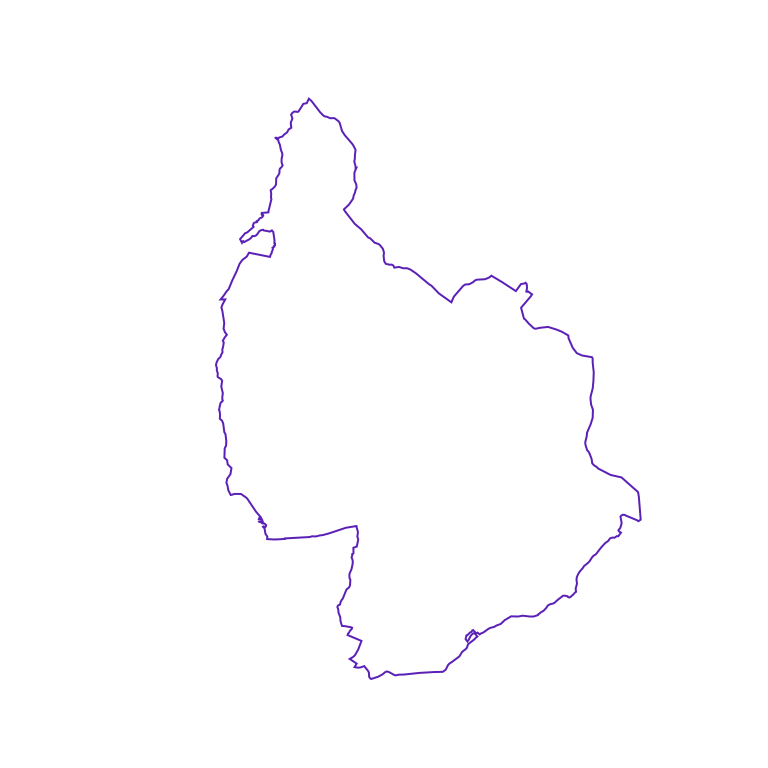 the district of Garceni, Vaslui, Romania, rotated 57°
{"feature_id": "2599482B9024502031895", "entity_name": "Garceni", "entity_type": "district", "adm_level": 2, "iso_a3": "ROU", "parent_name": "Romania", "parent_adm1": "Vaslui", "projection": "albers", "projection_center": [27.291, 46.752], "detail": "fine", "context": "isolated", "style": "outline", "palette": "violet", "viewbox_px": 768, "rotation_deg": 57, "n_neighbors": 0, "source": "geoboundaries", "source_scale": "gbopen_adm2", "svg_char_len": 6165}
<svg xmlns="http://www.w3.org/2000/svg" viewBox="0 0 768 768"><g transform="rotate(57 384 384)"><path d="M662.9,336.1L660.0,334.7L656.6,330.9L653.1,329.2L651.2,327.7L649.4,325.1L648.0,322.3L646.5,317.1L645.7,315.6L645.1,310.2L644.6,308.1L642.7,303.9L642.2,302.3L642.2,299.0L639.3,290.7L637.9,285.2L637.7,281.2L636.8,279.2L636.6,278.3L637.2,276.1L638.5,274.3L638.4,271.7L639.3,270.4L637.7,266.2L635.6,267.2L634.4,267.1L633.3,264.1L630.2,260.5L624.0,257.9L623.6,256.6L623.7,255.0L625.1,253.2L626.0,252.9L636.0,246.0L637.6,245.4L637.6,242.7L637.0,242.3L617.4,231.7L613.0,229.8L591.7,235.7L583.7,243.5L571.6,250.4L569.4,250.8L566.7,252.1L564.0,252.6L559.9,250.7L554.3,249.5L552.1,249.3L550.3,249.7L545.5,248.4L543.3,247.5L541.8,246.3L538.5,242.7L535.3,240.1L530.3,232.6L526.0,227.4L519.4,222.8L514.0,221.5L508.7,218.8L507.0,217.5L501.4,211.4L495.9,207.0L488.4,201.7L480.2,197.6L476.0,195.0L474.8,195.0L467.8,202.5L463.1,205.5L456.4,206.0L446.2,204.3L443.7,203.0L437.0,206.4L431.9,210.0L425.5,215.3L421.7,222.8L420.3,226.7L418.9,228.0L412.5,229.6L406.4,230.5L405.4,231.0L394.7,227.5L390.4,213.1L389.4,211.0L384.8,212.8L384.7,213.7L384.0,214.3L381.3,211.7L378.0,209.9L376.2,210.1L376.2,211.3L374.8,214.8L377.9,222.8L363.0,229.4L351.6,235.0L352.0,237.3L351.2,242.1L347.1,249.3L346.7,251.2L347.1,254.0L346.8,258.0L344.8,261.8L344.8,264.0L348.8,277.9L352.2,283.0L338.0,288.6L327.3,290.7L325.1,291.8L308.6,296.9L302.4,299.5L299.5,301.6L297.4,304.8L294.0,307.7L292.0,312.0L289.9,311.6L288.2,312.4L286.8,314.6L284.1,317.1L281.0,316.9L276.0,314.4L274.6,313.0L273.1,312.2L269.9,311.3L265.1,311.8L263.7,312.3L260.4,314.9L254.1,316.3L252.5,317.5L241.7,318.9L233.8,321.3L217.4,322.7L215.7,322.5L214.5,315.8L212.2,310.1L211.5,308.8L209.2,306.5L207.8,304.2L205.7,302.1L204.5,300.1L201.3,298.5L197.2,297.9L190.6,293.7L187.7,289.5L187.5,290.3L185.7,289.2L181.1,287.7L179.6,286.1L175.9,283.5L172.3,280.4L168.4,279.9L165.8,279.8L153.8,281.4L149.0,281.4L140.6,278.9L138.6,279.1L134.0,280.8L131.7,284.5L128.6,286.4L127.8,287.6L126.1,288.6L121.0,289.6L107.0,290.7L103.8,291.6L106.4,295.9L105.1,299.0L108.9,307.3L108.8,308.2L106.6,310.8L106.7,313.1L107.5,315.2L111.4,316.2L114.1,319.9L118.6,322.2L118.6,325.4L120.2,328.3L120.4,331.9L121.1,334.5L120.2,337.5L120.5,339.0L118.6,340.3L118.6,340.9L122.1,339.9L124.1,340.7L126.3,340.9L131.6,343.0L135.1,343.7L137.0,344.8L139.2,347.1L142.3,349.2L145.5,350.0L146.4,352.1L146.7,354.0L147.9,355.3L150.1,356.8L151.3,358.8L152.4,361.6L153.1,362.6L157.9,365.9L159.1,368.5L159.7,371.8L159.6,373.2L159.9,373.6L162.9,374.9L166.0,377.2L167.6,377.7L176.0,386.6L177.1,387.5L174.0,393.3L174.7,394.1L175.7,394.3L176.4,393.4L177.1,393.6L177.8,395.5L177.4,398.1L178.2,400.1L178.1,401.9L178.9,402.0L178.9,402.8L178.3,404.1L178.1,405.5L179.8,407.8L181.2,407.8L182.4,416.4L181.9,418.3L184.1,425.8L188.2,426.2L187.4,424.9L187.5,424.2L188.8,424.1L189.3,418.3L189.1,416.0L188.2,413.8L189.5,412.1L189.7,409.8L187.9,405.1L188.1,403.2L188.8,401.4L189.7,401.2L194.1,396.6L194.1,394.4L196.3,394.1L203.9,397.6L206.4,399.4L206.8,398.9L208.4,399.9L208.4,401.3L209.1,401.5L209.0,403.3L210.3,403.6L212.5,406.6L213.2,407.1L213.7,408.5L215.3,410.4L200.4,425.7L202.4,429.7L202.8,435.2L204.5,439.6L209.2,446.2L214.4,454.7L219.7,462.4L220.8,466.2L222.7,470.6L224.1,475.0L226.6,471.1L229.5,476.4L231.3,478.7L234.8,479.8L245.9,484.8L250.2,488.4L253.9,489.2L257.1,489.0L258.2,492.2L260.0,495.7L261.8,495.7L265.3,498.8L267.0,500.8L269.5,502.2L270.8,504.7L272.2,506.4L272.9,509.6L274.6,512.5L276.6,514.6L279.7,515.5L281.3,516.7L284.8,517.7L286.8,519.4L287.8,519.6L291.3,517.9L293.1,518.0L297.6,521.9L304.0,524.2L306.7,526.6L309.2,528.2L309.9,528.1L310.6,529.1L310.6,530.7L311.1,531.7L316.0,536.6L317.1,536.6L319.9,537.9L323.8,540.6L326.6,539.8L329.6,540.4L337.5,544.2L339.5,544.2L342.5,545.6L346.1,547.4L349.9,550.2L350.6,551.8L351.3,552.7L358.9,558.0L362.5,557.1L366.3,558.9L371.4,557.7L376.0,561.9L378.0,567.0L380.9,569.9L384.2,570.7L388.6,572.5L393.6,573.0L394.9,569.0L398.4,563.8L404.1,561.5L405.8,561.1L421.3,560.9L428.6,559.9L429.2,560.1L429.5,560.9L429.3,561.6L428.7,561.8L429.2,562.5L430.9,560.1L433.1,560.6L431.6,563.1L431.4,563.7L431.8,563.7L433.5,561.0L434.1,561.0L433.6,561.9L433.8,562.2L434.6,562.0L436.0,560.2L438.1,559.7L439.3,561.0L439.3,561.6L437.8,562.6L437.9,563.3L440.0,562.8L445.0,565.0L448.5,565.0L450.4,566.5L454.5,560.9L457.5,555.9L460.0,551.3L459.6,551.1L471.9,529.6L472.5,527.4L474.9,523.9L476.0,520.4L477.4,517.6L479.5,510.9L483.8,494.3L488.1,484.5L488.4,484.4L489.4,485.1L493.0,486.1L494.7,487.0L497.3,489.4L499.9,490.1L500.9,490.8L505.5,495.4L504.7,498.9L509.1,501.6L509.5,502.2L509.3,503.3L510.1,503.7L511.9,505.7L513.8,506.0L516.0,506.9L518.0,508.5L521.6,512.1L524.2,516.1L525.5,517.2L528.0,518.6L529.8,518.8L534.4,522.2L535.6,524.2L535.9,527.4L541.5,535.4L542.2,537.4L543.4,539.4L545.0,541.0L544.7,543.3L545.7,544.6L547.9,545.1L551.4,546.8L555.5,547.6L559.2,549.6L564.0,551.0L566.1,548.3L570.2,544.0L571.1,543.5L571.8,544.3L572.5,547.1L573.4,548.6L573.8,550.2L574.7,551.3L587.2,542.8L592.6,550.2L595.5,555.8L596.1,558.2L595.9,562.5L603.6,559.2L605.4,562.9L607.7,560.4L608.6,558.7L609.3,556.7L609.8,554.2L616.3,553.6L618.2,554.0L621.4,555.9L623.5,555.9L624.4,555.4L626.4,548.0L626.7,543.1L626.3,540.1L626.6,538.2L628.2,536.8L633.9,533.7L634.7,532.9L635.9,529.8L638.6,525.4L645.5,511.8L652.9,498.8L657.4,491.5L657.2,487.8L654.6,483.4L654.1,481.4L654.1,478.4L653.5,469.1L651.2,464.3L650.9,460.4L650.5,458.4L648.0,455.1L647.4,447.5L646.8,445.1L646.7,443.2L642.7,443.7L641.9,444.7L641.8,446.3L642.5,448.6L644.6,452.2L645.4,454.3L642.4,454.5L639.8,451.9L639.7,451.5L640.1,451.0L639.4,447.9L639.3,446.8L639.6,445.6L638.7,444.1L638.9,443.3L641.0,442.8L642.9,442.8L643.3,442.3L643.5,440.9L646.1,440.2L646.0,438.7L646.5,436.1L646.2,430.2L646.4,427.8L647.7,423.9L647.8,421.2L648.8,416.8L647.8,411.3L648.1,403.9L652.1,398.1L653.9,393.8L658.4,388.4L660.4,385.4L661.6,381.1L661.6,380.5L661.2,380.2L661.2,378.1L660.9,377.2L661.1,373.6L660.1,369.6L659.0,367.4L659.2,364.5L660.2,361.7L660.4,360.3L659.7,356.3L659.1,349.2L660.3,347.3L662.1,345.6L663.1,345.7L664.0,344.8L664.2,344.2L663.7,340.3L662.8,336.8L662.9,336.1Z" fill="none" stroke="#5b21b6" stroke-width="2"/></g></svg>